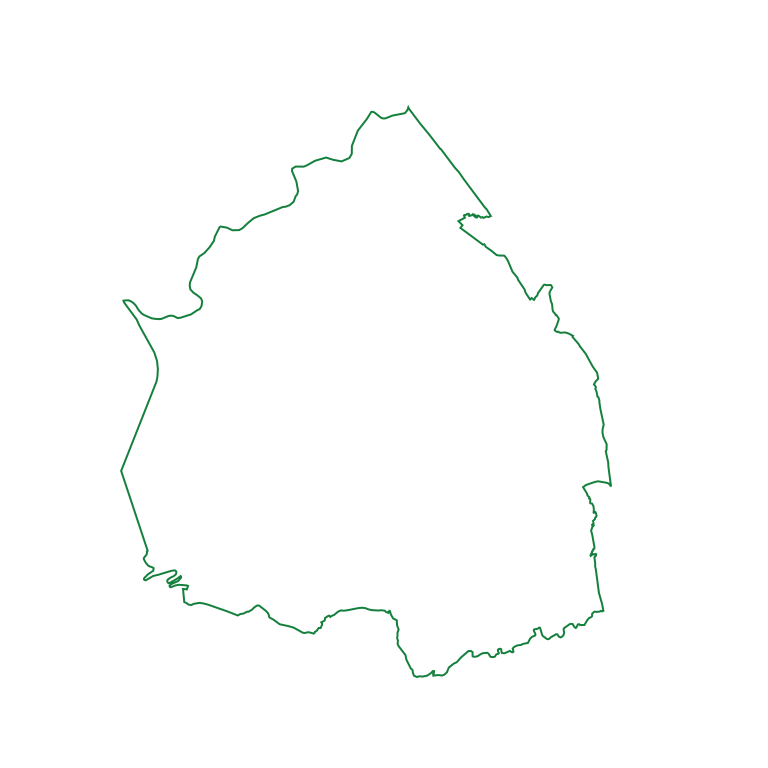 Aninoasa, Dâmbovita, Romania, rotated 106°
{"feature_id": "2599482B19790994841582", "entity_name": "Aninoasa", "entity_type": "district", "adm_level": 2, "iso_a3": "ROU", "parent_name": "Romania", "parent_adm1": "Dâmbovita", "projection": "natural_earth1", "projection_center": [25.449, 44.974], "detail": "fine", "context": "isolated", "style": "outline", "palette": "green", "viewbox_px": 768, "rotation_deg": 106, "n_neighbors": 0, "source": "geoboundaries", "source_scale": "gbopen_adm2", "svg_char_len": 6166}
<svg xmlns="http://www.w3.org/2000/svg" viewBox="0 0 768 768"><g transform="rotate(106 384 384)"><path d="M540.0,612.7L609.5,565.2L610.3,565.8L611.5,565.3L613.2,565.2L617.6,566.9L618.7,566.5L621.6,563.6L623.6,560.6L624.0,558.8L623.9,556.9L624.5,554.7L627.1,554.3L632.1,558.5L636.7,561.0L638.0,560.9L638.5,559.5L638.1,558.6L632.2,553.0L629.6,548.4L622.2,536.9L620.8,533.8L621.1,532.6L621.9,531.7L624.3,531.6L626.7,533.2L628.6,535.4L631.0,537.5L632.4,538.2L633.7,537.8L634.5,537.1L634.9,535.8L628.4,529.4L624.7,526.6L625.3,525.9L626.1,525.7L630.1,527.5L634.9,533.3L637.1,534.5L637.7,534.2L638.2,533.6L638.0,532.6L635.3,529.3L633.5,525.7L632.0,518.2L632.1,516.7L635.8,516.9L636.4,520.7L648.7,515.9L648.9,513.9L649.9,511.2L649.6,508.2L647.8,506.4L645.2,500.9L644.7,496.7L644.6,492.6L645.7,472.9L646.8,460.7L644.7,458.7L643.5,455.9L640.5,452.7L640.4,451.6L637.3,448.7L634.4,447.1L631.9,444.9L631.4,443.0L634.6,435.1L636.0,432.7L637.4,431.3L639.7,430.1L640.1,429.3L641.0,425.3L643.7,418.0L643.1,409.6L643.1,403.6L645.5,393.3L645.3,391.8L643.6,388.7L643.3,387.1L643.3,382.8L642.4,382.2L641.5,382.2L639.7,380.6L636.6,379.6L636.1,377.7L632.9,377.2L631.2,377.5L630.4,378.6L628.0,376.1L627.3,375.8L625.3,376.2L622.4,373.8L621.8,372.8L622.7,371.4L622.0,371.1L619.5,368.1L615.7,365.6L613.5,363.0L613.0,360.1L611.6,356.9L606.5,346.9L605.1,343.4L604.6,339.9L604.9,337.5L604.8,333.7L603.4,327.4L602.1,323.7L601.7,320.7L602.5,319.5L602.7,317.5L601.4,316.8L602.3,316.4L601.0,315.5L603.7,313.8L606.8,310.7L607.6,306.6L612.4,304.9L615.9,302.3L619.3,302.5L621.9,301.7L624.4,301.4L627.1,299.8L630.3,299.2L632.1,297.5L638.5,288.8L642.8,286.5L650.0,279.9L651.0,277.8L654.2,276.3L656.1,274.8L656.6,271.6L655.2,269.4L654.6,266.3L652.6,262.3L649.4,259.5L646.4,257.8L646.2,256.7L648.1,256.4L649.3,256.9L650.8,256.1L649.9,255.1L650.0,254.1L648.9,252.0L648.2,247.8L646.9,246.0L643.9,244.1L638.6,243.5L633.5,239.8L631.4,237.4L625.6,234.6L617.4,229.2L616.7,226.6L617.4,224.9L621.1,223.9L621.5,223.2L621.1,221.3L619.9,219.0L617.3,216.8L615.5,214.8L613.9,210.5L614.4,209.2L616.7,206.7L616.9,205.5L616.1,203.1L615.3,202.1L613.8,201.9L612.6,201.1L611.9,199.9L611.1,199.4L609.1,201.0L608.2,201.2L607.4,200.9L606.4,199.1L606.7,198.2L609.0,197.3L610.1,196.4L609.6,193.9L605.8,189.3L606.5,187.7L606.5,186.5L605.8,185.8L605.3,185.9L602.8,187.4L600.9,186.4L598.7,184.0L596.9,180.2L595.5,178.7L593.3,174.3L588.4,173.3L586.3,172.1L584.2,169.5L583.2,169.3L581.9,170.1L580.2,171.8L578.9,172.2L578.4,171.8L576.9,168.9L575.5,167.8L575.3,167.1L575.5,166.7L581.6,162.8L582.5,161.7L584.2,157.2L584.1,155.9L583.6,155.1L581.7,154.0L577.1,149.6L576.8,148.5L578.8,145.9L578.9,144.4L578.2,143.5L575.9,142.2L573.3,142.3L570.8,143.6L569.3,143.8L564.4,139.9L563.1,138.6L562.8,136.4L565.0,134.2L565.7,132.4L564.4,131.8L561.7,131.4L561.1,130.1L561.7,129.1L560.4,124.9L554.8,123.5L552.8,122.5L550.7,120.4L549.7,120.0L547.5,120.6L545.3,119.4L544.7,118.7L544.4,116.6L543.2,113.7L542.3,113.0L542.4,111.5L541.5,110.6L535.2,113.8L525.6,119.8L504.2,129.1L501.0,130.8L498.3,131.5L492.6,134.0L490.8,133.0L489.2,133.1L489.1,134.0L489.9,134.7L489.9,136.0L492.3,138.0L492.1,138.2L489.9,138.1L488.9,137.6L487.4,137.9L486.4,137.1L485.2,137.4L484.3,136.4L482.7,136.8L471.7,142.2L467.8,144.5L464.0,144.3L462.0,143.4L461.8,143.7L462.3,145.0L462.0,145.2L460.4,144.1L457.9,145.3L455.8,144.0L454.5,144.2L452.8,143.3L451.9,143.4L449.1,145.1L448.8,145.7L450.0,146.8L449.8,147.1L447.0,147.6L443.8,148.9L441.6,151.0L441.8,152.8L440.7,153.4L438.4,153.7L437.8,154.1L437.5,155.3L436.3,155.3L435.1,157.7L433.5,158.5L428.3,164.2L425.4,162.0L419.9,154.1L418.5,151.3L417.6,142.8L417.7,140.8L418.5,139.3L420.0,137.5L401.4,145.6L397.9,146.7L387.5,152.3L386.2,151.9L380.6,153.3L374.7,158.4L370.7,160.5L367.3,161.4L362.5,161.6L348.4,169.1L341.6,172.2L340.6,172.3L337.6,174.3L337.3,175.3L332.6,177.7L330.5,179.5L329.2,179.4L328.1,179.8L326.5,182.1L323.2,181.3L319.9,179.5L314.4,182.3L309.7,188.2L299.3,198.5L293.7,206.2L292.1,207.7L286.8,215.8L285.6,215.6L284.6,220.4L284.5,224.0L286.1,228.4L286.0,230.5L285.7,230.8L286.2,231.8L285.8,233.9L285.0,234.9L280.4,234.1L274.0,233.8L272.8,234.1L270.5,236.8L270.5,237.8L270.0,237.9L267.8,241.3L266.2,242.4L260.8,244.5L258.6,246.3L251.3,250.0L249.2,250.0L244.8,248.8L243.1,250.5L242.9,251.2L244.2,255.0L244.2,257.0L244.7,257.7L254.1,261.0L256.8,261.1L258.7,262.3L261.8,263.0L260.7,265.9L262.5,266.9L257.6,272.6L256.0,274.0L254.5,274.8L246.8,283.9L245.1,285.0L240.6,291.5L231.6,298.7L229.8,300.5L227.7,303.3L227.5,304.0L228.8,308.9L229.0,311.3L226.4,317.3L224.1,323.9L222.0,326.1L222.8,327.3L212.9,353.6L209.7,352.3L206.9,357.3L201.9,352.1L200.0,353.6L199.5,353.4L199.1,352.1L197.5,350.8L197.2,350.0L197.3,349.0L198.5,349.1L198.9,348.7L198.9,348.1L197.6,346.2L196.3,345.3L197.2,344.5L196.5,343.7L197.8,343.2L197.5,342.1L196.9,342.0L196.9,341.7L197.5,341.3L198.5,341.6L198.5,340.9L198.2,340.4L196.2,340.1L196.1,339.6L197.3,336.7L196.4,335.3L196.8,334.6L196.8,333.9L194.8,331.7L194.6,329.3L193.1,327.6L187.5,333.8L186.6,335.6L165.2,363.7L159.7,370.4L156.4,375.7L142.4,394.2L142.5,394.7L131.2,410.1L123.9,420.8L112.6,435.8L111.4,436.9L114.2,437.0L117.9,438.5L123.6,449.8L128.3,455.9L129.0,458.2L129.0,459.5L128.7,460.7L125.9,467.3L125.4,469.5L125.9,471.2L133.9,473.5L147.7,479.0L164.0,480.5L171.7,478.4L176.3,479.6L181.7,486.1L182.5,494.5L182.3,502.1L188.4,511.8L194.9,518.2L197.2,521.1L199.3,528.8L202.3,531.6L204.4,531.3L213.6,524.0L222.2,519.8L225.6,519.7L227.9,520.7L233.7,521.1L238.0,523.9L240.6,527.3L241.9,530.3L253.9,545.4L256.6,549.9L260.5,554.9L266.6,559.1L273.4,563.1L276.0,565.7L278.0,572.1L277.0,578.1L277.7,584.5L278.3,585.2L288.7,587.2L293.5,587.0L300.5,589.3L307.5,592.7L312.4,596.7L315.3,597.3L323.7,596.6L339.9,598.5L343.3,597.8L346.4,596.2L348.7,592.5L350.1,588.2L352.1,583.5L354.7,581.5L359.3,580.9L362.8,581.8L364.5,583.8L370.3,588.7L376.4,597.9L377.5,600.4L376.6,605.4L377.2,608.2L378.2,610.1L382.7,615.8L383.7,618.3L384.6,622.7L384.9,625.6L383.8,633.7L383.1,636.2L380.4,640.5L376.9,644.3L375.2,647.3L374.3,650.0L374.0,653.0L375.7,657.4L377.2,656.4L390.2,639.5L395.2,635.3L417.0,613.5L424.3,608.6L432.2,605.4L440.0,603.7L444.8,603.4L540.0,612.7Z" fill="none" stroke="#15803d" stroke-width="2"/></g></svg>